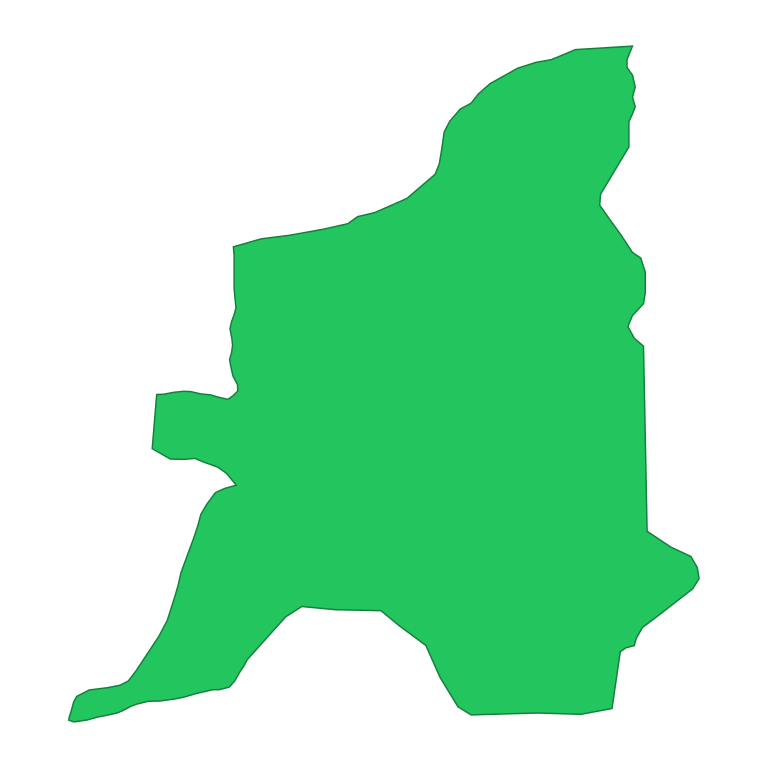 Abba, Nana-Mambéré, Central African Republic, rotated 270°
{"feature_id": "33826404B97851482460311", "entity_name": "Abba", "entity_type": "district", "adm_level": 2, "iso_a3": "CAF", "parent_name": "Central African Republic", "parent_adm1": "Nana-Mambéré", "projection": "natural_earth1", "projection_center": [15.206, 5.282], "detail": "fine", "context": "isolated", "style": "filled", "palette": "green", "viewbox_px": 768, "rotation_deg": 270, "n_neighbors": 0, "source": "geoboundaries", "source_scale": "gbopen_adm2", "svg_char_len": 2006}
<svg xmlns="http://www.w3.org/2000/svg" viewBox="0 0 768 768"><g transform="rotate(270 384 384)"><path d="M495.8,645.3L510.0,640.7L515.5,632.5L533.6,620.6L548.6,609.7L562.8,599.7L573.8,600.6L595.1,613.3L616.4,626.1L621.1,628.9L641.6,628.9L646.3,628.9L654.2,632.5L661.3,635.2L670.7,632.5L681.0,635.2L692.8,632.5L700.6,627.0L708.5,627.0L721.9,632.5L718.4,575.4L708.4,551.5L705.5,535.4L699.7,517.5L691.3,502.5L684.5,490.2L673.9,478.2L664.8,471.1L659.0,460.3L646.8,449.8L636.1,444.2L618.0,441.6L604.2,439.3L593.8,435.2L569.5,406.8L555.4,374.7L551.4,357.7L544.3,347.8L538.8,323.3L532.7,289.4L529.2,261.3L521.2,233.4L512.5,234.1L500.3,234.1L493.5,234.1L487.4,234.1L479.3,234.1L467.7,235.2L460.3,236.0L453.2,234.1L446.1,231.5L439.3,230.0L429.3,231.9L422.5,232.6L415.1,231.5L408.6,229.6L401.9,230.7L391.9,233.0L383.5,237.5L377.0,237.8L372.2,233.0L368.6,227.8L371.2,216.9L373.2,210.2L374.1,200.8L376.4,190.7L376.7,183.6L375.7,173.9L373.8,163.8L373.5,156.7L319.3,152.2L309.0,170.2L308.6,184.0L309.6,194.9L305.7,204.2L300.9,217.7L294.8,226.3L282.8,236.3L279.6,224.8L275.4,215.4L263.8,206.8L253.5,200.8L242.2,197.8L229.0,193.4L217.7,189.2L195.4,181.0L182.2,178.0L168.3,173.9L147.4,167.2L131.9,159.0L97.4,136.2L87.0,128.3L82.8,120.1L80.3,107.4L78.0,89.1L75.4,84.2L71.6,76.7L66.1,73.7L56.7,71.1L49.6,68.9L47.7,68.9L46.1,74.1L48.0,87.2L50.9,97.3L51.9,102.9L54.1,113.0L55.1,117.5L57.7,123.4L61.9,131.3L63.8,136.5L66.7,148.1L67.0,160.1L68.0,167.2L69.0,174.7L70.9,184.0L74.4,196.0L78.3,212.8L78.3,219.2L80.9,229.2L86.7,234.5L95.1,239.3L101.9,243.8L108.3,247.2L151.2,285.7L161.5,301.8L158.3,335.4L157.3,381.0L142.2,399.3L122.5,425.9L90.5,440.1L61.2,458.0L53.1,471.1L54.4,515.2L55.0,537.7L53.7,581.0L59.5,612.0L88.3,616.2L116.3,620.3L120.2,625.9L122.4,634.3L129.5,636.2L140.6,642.5L151.6,657.2L179.2,692.7L189.4,699.1L200.4,697.3L211.5,690.9L220.9,670.8L236.7,647.1L421.8,643.5L429.7,634.3L441.5,627.9L452.5,632.5L464.3,643.5L475.4,645.3L490.3,645.3L495.8,645.3Z" fill="#22c55e" stroke="#15803d" stroke-width="1.5"/></g></svg>